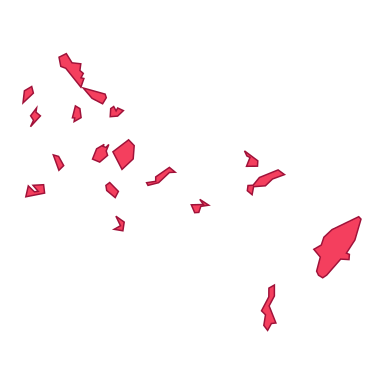 Notio Aigaio, orthographic projection
{"feature_id": "GRC-3013", "entity_name": "Notio Aigaio", "entity_type": "Region", "adm_level": 1, "iso_a3": "GRC", "parent_name": "Greece", "parent_adm1": "", "projection": "orthographic", "projection_center": [25.984, 36.675], "detail": "medium", "context": "isolated", "style": "filled", "palette": "rose", "viewbox_px": 384, "rotation_deg": 0, "n_neighbors": 0, "source": "natural_earth", "source_scale": "10m", "svg_char_len": 1878}
<svg xmlns="http://www.w3.org/2000/svg" viewBox="0 0 384 384"><path d="M361.0,219.1L354.9,240.0L346.4,253.1L349.4,254.4L349.0,259.6L340.7,259.1L326.7,275.1L322.7,277.8L318.5,275.2L316.6,271.2L320.3,257.1L313.8,249.3L321.3,245.0L323.9,237.2L332.0,229.6L358.7,216.7L361.0,219.1ZM128.6,139.8L134.2,145.6L133.2,158.9L122.0,169.4L112.9,151.8L128.6,139.8ZM83.9,78.5L80.9,87.2L65.8,68.3L60.8,66.4L59.0,57.2L66.3,53.6L72.0,62.8L80.8,63.8L79.9,70.5L83.3,73.4L81.0,77.8L83.9,78.5ZM269.1,305.9L275.9,323.0L271.4,323.5L267.6,330.4L263.8,325.4L265.5,314.8L261.5,310.8L268.8,296.9L268.9,288.1L274.4,285.0L274.4,296.0L269.1,305.9ZM278.1,169.9L284.5,174.6L272.5,179.0L265.4,185.8L253.6,186.7L252.1,194.7L247.3,190.7L248.0,185.5L253.1,185.2L259.4,177.5L278.1,169.9ZM92.1,98.4L83.2,88.0L105.1,94.1L106.3,97.7L102.6,103.8L92.1,98.4ZM107.6,155.4L99.7,162.1L92.5,159.1L96.6,148.8L104.2,144.4L102.9,146.3L105.9,147.4L108.8,144.5L106.2,151.0L107.6,155.4ZM33.0,185.3L43.6,184.7L44.6,193.1L25.8,196.8L28.3,185.9L34.4,191.8L38.2,191.4L33.0,185.3ZM31.7,86.5L33.4,93.1L23.0,102.9L24.4,90.8L31.7,86.5ZM169.4,167.4L175.2,172.2L169.4,172.5L158.6,182.7L148.0,185.4L146.6,182.7L155.7,181.3L155.7,176.9L169.4,167.4ZM246.5,166.3L250.0,157.5L246.9,156.0L244.5,150.9L257.8,160.8L257.5,166.2L246.5,166.3ZM106.7,190.5L105.9,185.4L109.7,182.5L118.4,191.4L115.2,197.6L106.7,190.5ZM30.6,115.8L36.6,107.9L36.0,112.2L40.4,115.9L30.5,126.7L33.5,120.2L30.6,115.8ZM199.8,199.4L208.8,205.2L200.8,206.4L198.8,212.4L194.7,212.7L191.3,204.8L203.4,204.5L199.8,199.4ZM117.6,116.1L110.2,116.7L110.7,108.6L113.7,106.5L116.1,110.9L117.7,108.0L123.4,110.6L117.6,116.1ZM58.6,156.4L63.7,165.6L58.9,170.3L53.3,154.9L58.6,156.4ZM79.9,108.6L81.1,117.6L74.1,121.6L74.7,117.9L72.4,117.8L75.4,105.9L79.9,108.6ZM115.9,216.2L124.2,222.1L122.9,230.8L114.1,229.3L120.5,225.7L115.9,216.2Z" fill="#f43f5e" stroke="#9f1239" stroke-width="1.5"/></svg>